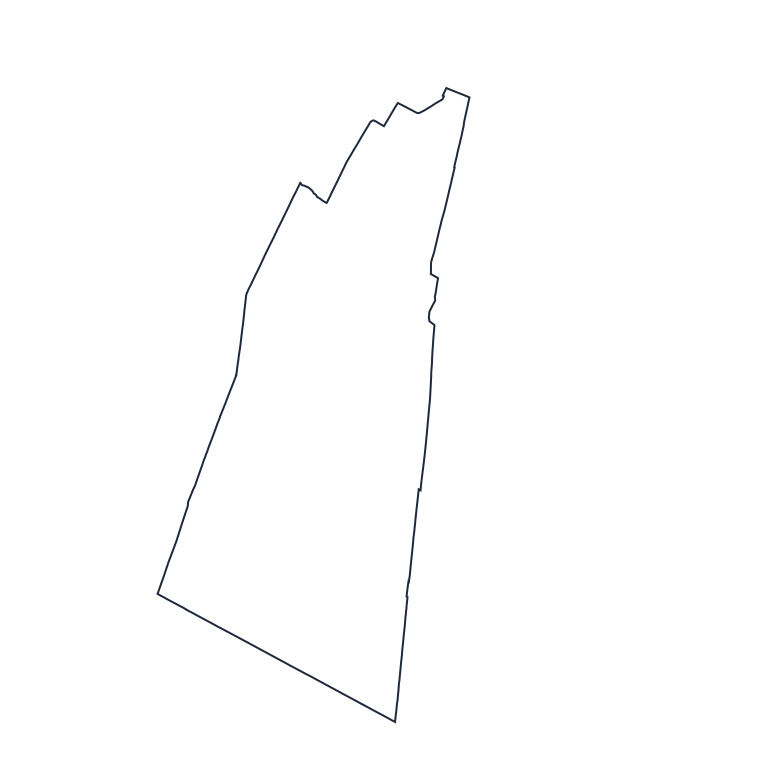 the district of Lam Luk Ka, Pathum Thani, Thailand, rotated 118°
{"feature_id": "78962969B96049441570436", "entity_name": "Lam Luk Ka", "entity_type": "district", "adm_level": 2, "iso_a3": "THA", "parent_name": "Thailand", "parent_adm1": "Pathum Thani", "projection": "natural_earth1", "projection_center": [100.778, 13.992], "detail": "fine", "context": "isolated", "style": "outline", "palette": "slate", "viewbox_px": 768, "rotation_deg": 118, "n_neighbors": 0, "source": "geoboundaries", "source_scale": "gbopen_adm2", "svg_char_len": 5905}
<svg xmlns="http://www.w3.org/2000/svg" viewBox="0 0 768 768"><g transform="rotate(118 384 384)"><path d="M676.1,452.6L676.1,450.1L676.0,445.4L676.1,443.5L676.1,441.3L676.2,419.4L676.3,417.4L676.2,414.7L676.3,381.5L676.5,351.5L676.5,345.7L676.6,344.1L676.5,341.4L676.6,338.9L676.6,336.6L676.7,334.2L676.6,331.7L676.6,329.0L676.7,325.4L676.6,324.3L676.7,319.1L676.6,311.9L676.6,308.5L676.7,304.1L676.7,297.0L676.8,293.8L676.7,293.1L676.7,290.9L676.8,288.0L676.8,285.4L676.8,282.2L676.8,278.7L676.9,275.7L676.9,272.5L676.9,269.3L676.9,265.8L676.9,261.7L676.9,261.1L677.0,260.5L677.0,260.4L677.0,260.0L676.9,259.6L677.0,255.8L677.0,255.5L676.9,255.1L677.1,253.7L676.9,253.2L677.0,251.9L677.0,251.6L676.9,251.3L676.9,251.2L677.0,251.0L677.0,250.5L677.0,248.8L677.0,246.2L677.1,240.7L677.1,234.0L677.1,233.2L677.1,232.4L677.0,230.9L677.0,230.6L677.0,230.0L677.1,229.1L677.1,227.5L677.1,226.2L677.2,225.4L677.1,225.0L677.1,223.9L677.2,220.3L677.2,215.6L670.0,218.5L666.8,219.7L663.0,221.3L660.3,222.4L656.9,223.6L653.0,225.2L651.6,225.8L649.6,226.6L648.8,226.9L647.1,227.7L645.9,228.2L644.1,229.0L642.8,229.6L641.7,230.1L638.3,231.3L635.5,232.5L633.1,233.5L629.2,235.1L620.8,238.6L614.5,241.1L610.7,242.8L608.0,243.9L601.6,246.5L596.2,248.8L594.3,249.5L587.6,252.2L582.7,254.3L578.9,256.0L578.5,256.1L577.2,256.5L574.4,257.8L573.4,258.2L572.6,258.4L571.1,259.1L568.6,260.2L566.5,261.0L563.4,262.3L561.1,263.2L561.1,264.3L558.6,265.3L554.2,267.0L546.8,269.7L546.9,269.2L539.3,272.0L530.0,275.9L521.3,279.4L512.7,282.9L505.7,285.9L500.1,288.0L485.2,294.1L477.5,297.2L467.1,301.3L460.7,303.9L460.8,301.8L453.5,304.8L447.8,307.0L438.3,310.6L431.8,313.1L424.5,316.0L417.6,318.8L405.3,323.9L388.3,331.1L378.8,335.0L375.7,336.3L358.3,344.4L354.5,346.2L353.6,346.7L352.1,347.5L347.3,349.6L342.7,351.6L338.9,353.5L335.1,355.3L330.7,357.3L325.2,359.7L324.6,360.0L323.1,360.7L319.0,362.5L316.6,363.5L314.8,364.3L312.4,365.3L308.3,367.1L307.8,369.9L307.2,373.5L306.0,374.2L305.9,374.2L305.8,374.3L305.3,374.8L304.9,375.2L304.4,375.5L299.0,377.8L298.8,377.8L292.8,378.0L286.4,378.0L286.2,378.0L282.5,380.4L282.2,380.4L281.9,380.4L280.6,380.7L278.0,381.6L273.8,383.1L270.0,384.4L265.1,386.0L264.9,394.3L263.0,395.1L262.2,395.6L261.8,395.8L254.8,399.4L253.7,399.7L251.6,400.2L243.7,401.7L242.6,402.0L240.1,402.7L235.7,403.8L230.9,405.1L222.6,407.3L218.8,408.3L218.0,408.4L214.5,409.4L213.3,409.7L203.9,411.7L201.3,412.3L185.6,416.4L182.9,417.2L180.7,417.7L173.0,419.7L172.9,419.8L163.7,422.2L159.8,423.2L159.8,423.7L156.1,424.8L149.4,426.5L146.0,427.5L145.5,427.7L143.3,428.2L141.4,428.7L140.9,428.8L139.7,429.2L138.4,429.5L136.5,429.9L135.3,430.2L134.2,430.6L133.1,430.9L130.3,431.6L127.4,432.3L125.0,433.1L124.2,433.3L121.3,434.1L119.1,434.7L115.6,436.1L106.1,438.8L98.8,440.8L96.4,441.5L90.8,443.1L91.3,448.2L92.5,458.9L93.0,463.5L93.3,466.5L93.4,467.9L99.8,467.6L101.9,467.5L101.8,466.2L103.7,466.1L105.4,466.1L107.4,467.4L108.1,467.8L109.6,468.7L110.2,469.1L111.7,470.0L113.5,471.0L118.3,473.7L123.8,477.0L127.9,479.9L128.2,480.1L128.5,480.5L128.9,481.4L129.2,482.4L129.2,483.1L129.2,483.7L129.2,485.0L129.2,489.6L129.2,494.3L129.4,503.7L134.5,504.1L137.2,504.2L141.2,504.4L143.7,504.5L146.2,504.6L150.1,504.8L156.4,505.1L156.3,507.6L156.2,510.0L156.1,512.2L156.0,515.1L156.1,516.4L156.1,516.7L156.1,516.9L156.3,517.2L156.9,517.8L157.5,518.2L158.0,518.5L158.5,518.8L159.1,518.9L159.7,519.0L160.5,519.1L163.4,519.2L174.5,519.8L179.6,520.0L185.2,520.2L189.8,520.5L194.3,520.7L197.9,520.8L200.7,521.0L205.7,521.2L209.2,521.1L211.6,520.9L213.6,520.9L228.5,520.3L233.2,520.2L239.8,520.0L242.7,519.8L247.0,519.7L249.1,519.6L250.1,519.6L251.0,519.6L251.1,520.7L251.0,523.9L250.9,524.4L250.8,525.1L250.6,526.2L250.4,527.2L250.3,529.0L250.2,530.7L250.2,531.0L250.0,531.4L249.6,531.8L249.5,532.0L249.3,532.3L249.1,532.6L248.9,533.2L248.8,533.6L248.7,535.2L248.7,535.4L248.6,535.5L248.4,535.9L248.4,536.0L247.7,536.9L247.6,537.1L247.3,537.7L246.3,540.9L246.3,541.1L246.0,542.2L246.0,542.9L246.0,543.0L246.2,545.8L246.3,547.1L246.4,547.7L246.8,549.2L246.8,549.6L246.8,549.8L246.8,550.0L246.7,550.3L245.8,551.9L245.7,552.0L245.7,552.4L245.9,552.4L250.5,552.2L251.4,552.2L255.1,552.0L257.6,552.0L263.1,551.9L275.8,551.3L290.6,550.8L296.9,550.7L304.6,550.3L305.6,550.2L306.2,550.2L307.7,550.2L307.9,550.2L324.6,549.7L339.3,548.9L348.8,548.6L360.7,548.1L361.7,548.1L363.6,548.1L365.0,548.0L365.8,547.9L368.7,547.7L370.0,547.5L378.8,544.0L383.8,542.1L387.6,540.5L397.1,536.7L400.7,535.4L421.1,527.5L421.5,527.5L422.0,527.3L423.8,526.6L425.1,526.2L428.7,524.9L430.3,524.2L431.9,523.6L433.7,523.0L439.2,521.0L441.1,520.2L443.4,519.4L443.6,519.4L444.3,519.2L444.5,518.9L444.9,518.8L445.3,518.8L445.8,518.8L445.8,518.5L448.7,518.2L451.2,517.9L453.6,517.6L455.2,517.4L460.8,516.8L468.8,515.8L471.6,515.5L475.2,515.0L478.5,514.7L481.5,514.3L484.2,514.1L486.4,513.8L486.6,513.7L486.9,513.8L487.2,513.8L487.9,513.7L488.2,513.6L488.8,513.6L490.2,513.4L491.0,513.1L492.0,513.0L494.2,512.8L494.7,512.7L495.8,512.6L496.1,512.6L497.1,512.5L497.5,512.4L497.9,512.4L498.4,512.3L499.2,512.1L499.4,512.1L501.2,511.9L501.6,511.8L502.6,511.7L502.8,511.6L503.5,511.6L504.4,511.4L505.0,511.4L506.0,511.2L506.8,511.1L507.1,511.1L508.1,510.9L509.0,510.8L509.4,510.8L510.6,510.6L512.1,510.4L514.4,510.1L515.4,510.0L516.8,509.8L519.7,509.5L523.1,509.0L526.6,508.4L528.8,508.2L530.9,507.9L532.5,507.6L534.2,507.5L534.9,507.4L537.7,507.0L539.3,506.7L540.2,506.6L540.6,506.5L541.8,506.3L543.3,506.1L557.7,503.9L562.6,503.1L566.3,503.0L576.0,502.0L579.7,501.7L584.1,499.9L599.5,497.3L620.4,493.5L637.1,491.3L642.0,490.7L658.2,488.0L662.4,487.4L675.6,485.4L675.6,484.6L675.6,483.7L675.7,482.7L675.7,481.5L675.7,479.8L675.7,479.2L675.7,477.5L675.8,476.1L675.8,475.0L675.8,473.6L675.8,472.1L675.8,470.5L675.8,469.2L675.8,462.9L675.8,460.6L675.8,457.3L675.8,456.1L675.9,454.7L675.9,453.2L675.9,452.6L676.1,452.6Z" fill="none" stroke="#1e293b" stroke-width="2"/></g></svg>